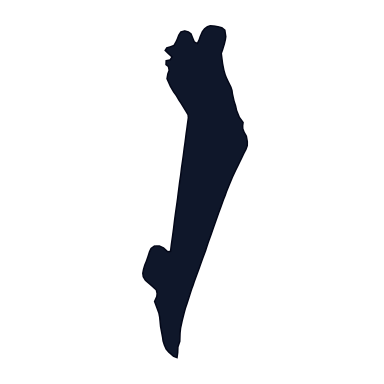 outline of Aracaju, Sergipe, Brazil, rotated 349°
{"feature_id": "56859067B16826137488503", "entity_name": "Aracaju", "entity_type": "district", "adm_level": 2, "iso_a3": "BRA", "parent_name": "Brazil", "parent_adm1": "Sergipe", "projection": "natural_earth1", "projection_center": [-37.097, -11.012], "detail": "fine", "context": "isolated", "style": "filled", "palette": "ink", "viewbox_px": 384, "rotation_deg": 349, "n_neighbors": 0, "source": "geoboundaries", "source_scale": "gbopen_adm2", "svg_char_len": 2052}
<svg xmlns="http://www.w3.org/2000/svg" viewBox="0 0 384 384"><g transform="rotate(349 192 192)"><path d="M255.1,39.4L252.7,36.5L249.4,34.9L245.6,33.4L241.6,32.3L238.6,32.7L235.5,34.2L232.8,36.6L229.7,41.1L228.2,43.8L225.6,47.2L222.9,45.2L222.0,40.9L221.2,36.6L219.0,34.2L215.6,32.5L211.6,32.8L209.0,35.5L206.9,38.9L205.2,41.3L202.3,44.7L198.4,45.4L194.8,45.7L192.7,47.9L195.1,51.4L198.2,55.6L195.7,58.2L191.7,58.2L190.8,62.0L192.8,64.3L192.8,68.2L190.8,71.5L189.1,76.0L191.0,84.2L193.1,90.2L195.1,94.5L196.7,99.2L198.3,103.0L201.0,110.2L202.9,115.4L202.6,118.4L201.5,121.6L200.2,125.4L199.0,129.0L197.5,133.3L195.9,138.2L194.2,143.3L192.9,147.0L191.5,151.3L190.5,154.3L189.3,157.8L186.3,166.4L184.2,173.0L181.7,180.1L179.4,187.1L178.0,191.3L176.7,195.4L174.4,202.1L172.1,208.7L169.7,215.8L167.0,224.2L164.2,232.5L161.9,239.1L159.6,246.2L156.7,246.0L153.4,241.5L149.7,238.8L144.8,237.9L141.1,239.6L139.0,242.4L136.6,246.8L134.0,251.3L131.8,254.6L129.7,258.6L128.2,262.4L128.0,265.9L129.4,269.7L131.4,272.3L133.4,274.8L138.3,281.3L138.4,285.0L137.5,287.9L134.4,292.3L136.4,304.5L136.4,308.8L135.5,318.0L135.4,329.2L135.2,332.7L135.7,337.0L136.7,341.3L138.7,344.8L142.5,349.7L145.7,351.7L147.3,347.0L148.6,341.4L151.5,336.3L153.4,328.0L154.9,323.2L158.0,316.0L161.2,309.2L163.3,304.9L165.6,300.9L168.2,296.2L171.9,289.4L173.4,286.7L175.1,284.0L177.1,280.4L182.0,272.3L184.6,268.0L186.4,264.9L189.9,259.0L194.1,252.2L195.5,249.6L198.4,244.4L202.6,237.4L205.6,232.2L210.4,224.0L214.4,217.2L217.1,212.8L220.0,207.9L221.6,205.2L223.9,201.7L225.9,198.2L229.8,192.2L232.8,187.7L234.5,185.1L236.9,181.8L239.1,178.8L242.4,174.5L244.7,171.4L246.6,168.9L250.2,164.0L253.1,160.4L255.1,157.0L255.9,153.2L256.0,147.6L254.5,143.1L253.9,139.5L254.4,136.5L255.4,133.5L252.7,127.7L251.3,120.4L251.2,115.8L250.6,110.7L250.5,107.2L250.4,103.4L250.6,100.0L250.2,96.6L248.5,90.4L247.5,86.4L246.9,83.3L246.5,78.6L246.5,71.9L246.9,65.6L247.2,61.4L248.8,58.8L250.5,55.6L251.9,53.0L253.8,48.8L254.8,45.9L255.1,39.4Z" fill="#0f172a" stroke="#020617" stroke-width="1.5"/></g></svg>